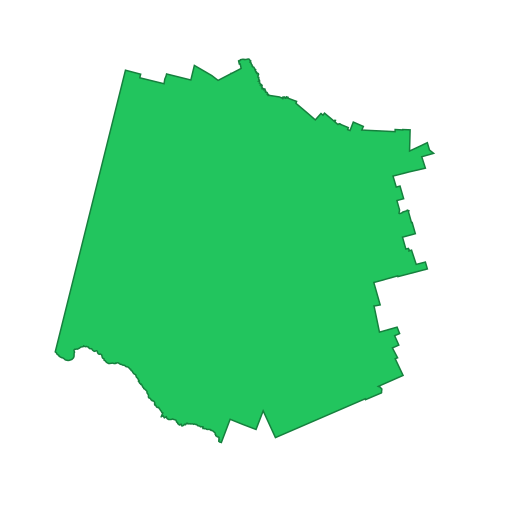 Bourke, New South Wales, Australia (Robinson projection), rotated 284°
{"feature_id": "25037944B48990901921332", "entity_name": "Bourke", "entity_type": "district", "adm_level": 2, "iso_a3": "AUS", "parent_name": "Australia", "parent_adm1": "New South Wales", "projection": "robinson", "projection_center": [144.371, -29.996], "detail": "fine", "context": "isolated", "style": "filled", "palette": "green", "viewbox_px": 512, "rotation_deg": 284, "n_neighbors": 0, "source": "geoboundaries", "source_scale": "gbopen_adm2", "svg_char_len": 5948}
<svg xmlns="http://www.w3.org/2000/svg" viewBox="0 0 512 512"><g transform="rotate(284 256 256)"><path d="M395.0,379.6L415.7,375.0L414.2,367.8L413.8,367.9L412.4,360.4L410.3,360.9L403.8,328.2L407.7,328.8L409.5,318.0L400.5,316.9L400.8,314.3L402.9,314.5L404.4,304.8L404.5,304.9L404.5,304.7L403.4,303.7L405.2,300.1L406.8,300.3L406.8,299.7L405.6,299.4L411.2,287.9L408.8,286.9L410.0,284.6L402.4,280.6L406.7,272.2L413.8,257.8L415.8,258.0L416.9,248.6L417.7,248.7L417.9,246.4L417.6,246.9L417.1,247.2L416.7,247.2L416.1,246.5L416.1,246.2L416.6,246.2L416.7,245.6L417.2,245.2L416.7,243.6L416.4,243.4L416.1,244.3L415.1,244.0L415.6,242.9L416.0,240.2L415.0,229.5L415.2,229.4L414.9,229.1L415.6,228.8L415.3,228.1L415.5,227.9L415.6,228.1L416.5,227.9L417.3,227.2L417.5,226.3L417.2,225.8L417.4,225.5L418.1,225.3L418.2,225.5L418.4,225.5L418.6,225.2L418.6,224.9L418.8,224.9L419.4,224.4L420.0,224.5L420.1,224.4L420.2,224.0L419.9,223.4L419.5,223.2L420.2,222.8L420.2,222.3L419.9,221.9L420.3,221.9L420.4,221.3L420.7,221.5L421.2,220.9L422.0,220.8L422.2,220.2L422.8,220.7L423.0,220.6L423.0,220.0L423.4,219.6L423.0,219.5L423.0,219.1L423.5,219.4L423.5,219.0L424.6,218.0L424.6,217.5L425.6,217.5L426.1,217.1L426.2,216.5L426.4,216.8L426.9,216.6L427.0,217.0L427.3,216.9L427.6,216.6L427.8,216.0L428.2,216.0L429.4,215.5L429.6,215.1L430.0,215.3L430.1,214.8L431.0,214.3L431.5,214.3L431.9,214.5L432.3,214.4L432.6,214.6L433.3,214.3L433.6,213.9L433.7,213.5L433.2,212.8L433.4,212.6L433.8,213.1L433.9,212.7L434.5,212.1L434.3,212.0L434.4,211.4L435.4,210.7L436.4,210.6L436.3,210.4L436.1,210.3L436.2,210.0L436.4,209.9L436.4,210.2L436.5,210.2L437.0,210.0L437.2,209.5L438.6,208.3L438.7,207.5L438.9,207.2L438.9,206.6L439.4,206.4L439.6,206.5L439.9,206.1L440.4,206.0L440.6,205.6L440.9,205.2L441.5,204.9L441.8,204.5L442.2,204.3L442.5,203.6L442.8,204.0L443.2,203.6L443.9,203.6L443.8,203.1L444.2,203.0L444.2,202.8L445.0,202.2L445.4,201.4L445.0,200.2L444.5,199.3L444.3,198.7L444.0,198.0L443.8,197.2L444.0,196.8L443.7,196.2L443.8,195.8L442.7,193.4L441.9,193.3L441.4,192.9L441.5,192.3L441.1,191.9L438.2,193.4L438.5,194.2L434.4,196.2L427.5,188.4L427.3,187.9L427.2,188.0L417.2,176.7L420.4,169.4L426.0,150.1L411.0,150.2L411.0,125.2L408.8,125.2L405.6,124.7L400.9,125.1L400.8,100.1L404.5,100.1L404.7,84.4L114.4,84.4L113.8,85.8L113.1,86.2L112.7,86.6L112.3,87.3L112.2,87.8L111.8,88.8L111.3,89.0L111.0,89.5L110.3,92.1L110.5,92.7L110.1,94.0L109.7,95.1L109.2,95.8L109.0,97.1L109.2,97.7L109.1,98.8L109.6,100.1L109.9,100.4L110.1,100.9L111.1,102.4L113.2,103.6L114.7,103.7L117.8,103.0L118.8,103.2L120.0,102.4L120.5,102.2L120.9,102.2L121.5,102.5L121.7,102.8L121.8,103.6L122.1,103.9L122.4,104.6L122.5,105.5L123.3,106.2L123.9,107.0L125.0,107.8L125.5,108.5L126.1,110.0L126.6,110.7L127.0,110.6L126.7,112.4L127.3,113.5L127.1,114.2L127.1,115.4L126.3,116.2L125.9,117.0L126.0,118.0L126.3,118.9L125.1,120.2L124.4,122.0L124.5,122.6L125.5,124.0L125.5,124.4L125.0,125.1L123.8,125.7L122.9,126.8L122.7,127.7L123.3,128.7L122.7,130.2L120.2,131.5L119.8,132.0L119.4,133.5L118.4,133.7L118.0,134.0L117.9,135.1L116.7,136.5L116.3,137.8L116.0,139.3L117.4,142.8L117.3,143.9L117.4,144.8L117.8,145.9L118.4,146.0L118.4,146.7L118.9,147.3L119.0,148.2L118.1,150.6L118.3,151.4L117.9,153.1L118.1,154.7L118.0,155.3L117.5,155.9L117.2,156.8L117.4,158.2L117.3,158.6L116.7,159.9L115.9,160.8L115.8,161.8L114.7,162.5L114.3,163.8L113.2,164.7L112.2,165.9L112.1,166.5L111.9,166.9L111.9,167.1L111.7,168.0L109.7,169.1L108.5,171.0L107.1,172.1L106.7,172.9L106.3,172.9L106.3,172.3L106.1,172.2L105.0,173.5L104.5,173.8L104.3,174.4L104.0,174.8L104.0,175.4L103.5,175.4L103.2,176.4L103.0,176.8L101.8,177.5L101.3,178.1L101.1,178.7L100.2,179.2L100.0,180.1L99.0,181.9L98.3,182.9L97.9,183.2L96.9,183.3L95.5,184.9L95.0,185.3L93.2,185.7L92.5,186.2L92.3,187.6L91.7,188.5L91.2,188.8L90.8,189.5L90.9,189.9L90.4,190.3L90.4,190.7L90.6,191.4L90.5,191.7L89.8,192.8L88.7,193.4L88.3,193.5L88.3,193.3L88.1,193.3L87.3,193.6L86.9,194.0L87.1,194.2L86.8,194.9L86.2,195.3L85.5,196.0L85.2,196.7L85.2,197.2L85.5,197.8L85.5,198.2L84.7,198.8L84.0,199.9L82.9,200.9L82.5,201.7L81.7,202.2L81.4,202.6L81.2,203.5L77.1,202.9L77.1,203.0L78.5,204.5L76.8,206.2L78.3,207.8L77.4,208.4L76.7,209.2L76.8,209.7L76.3,210.1L76.2,210.9L76.7,212.9L77.2,213.9L77.7,214.6L77.5,215.4L77.4,217.9L77.2,218.2L75.7,219.1L75.5,220.1L74.6,220.5L74.3,220.8L74.2,221.4L73.7,222.1L73.5,222.6L74.5,223.7L74.7,224.1L74.5,224.3L73.5,224.7L73.2,225.1L73.3,225.6L74.0,226.5L75.4,227.3L75.4,227.8L75.1,228.1L75.3,228.5L76.8,229.1L77.0,229.4L77.1,230.1L76.7,230.4L76.9,230.7L76.8,231.3L77.3,232.6L77.4,232.9L77.2,233.3L77.8,234.9L77.6,236.2L78.1,236.8L77.9,238.5L78.2,239.2L77.4,240.2L77.2,240.9L77.4,241.6L77.3,242.7L76.8,243.4L77.2,244.4L77.5,245.9L77.3,246.1L76.4,245.9L75.8,246.3L76.1,246.9L75.9,247.5L76.3,249.1L75.9,250.0L75.9,250.7L76.4,252.2L76.4,253.1L76.6,253.4L76.3,253.8L76.4,254.2L75.9,254.5L76.0,256.1L74.6,258.8L74.2,259.3L73.0,259.6L72.7,260.2L72.0,260.4L71.8,260.7L71.6,261.6L71.2,262.2L71.2,263.6L71.0,264.0L70.5,264.2L69.5,264.2L68.9,264.5L68.8,264.8L68.3,264.5L67.2,264.7L66.7,265.8L66.6,266.4L66.8,267.1L66.7,267.5L91.3,270.4L89.4,283.9L87.7,298.0L107.5,300.4L84.5,318.8L143.9,396.5L143.1,397.0L153.5,410.8L153.9,410.9L155.0,410.6L156.9,410.4L157.6,410.1L158.0,409.5L158.0,409.1L158.2,408.7L159.0,407.9L159.1,407.3L158.9,406.4L159.0,406.1L175.7,427.6L190.0,415.9L191.5,418.0L199.8,410.6L204.1,416.1L212.2,409.8L215.5,414.1L221.1,410.1L212.0,394.2L236.1,382.6L236.5,383.8L238.6,388.3L258.8,376.7L263.9,385.9L264.0,385.9L271.0,398.3L270.3,398.7L284.9,425.4L291.1,421.8L286.6,413.5L299.3,405.5L297.9,403.2L299.4,402.9L299.5,402.5L300.2,402.0L299.0,399.7L309.7,393.6L316.2,405.2L326.3,399.4L326.0,398.8L335.7,393.3L336.9,393.4L337.1,391.7L336.5,391.6L334.1,387.7L333.1,387.1L331.9,385.2L332.1,384.4L335.3,384.2L343.9,379.3L347.3,385.4L358.7,378.8L356.8,375.4L366.7,369.6L374.5,384.0L382.2,399.1L392.4,392.8L398.6,403.5L400.8,398.7L407.4,394.8L395.0,379.6Z" fill="#22c55e" stroke="#15803d" stroke-width="1.5"/></g></svg>